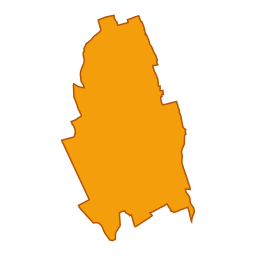 Tatarasti, Bacau, Romania
{"feature_id": "2599482B37830949265025", "entity_name": "Tatarasti", "entity_type": "district", "adm_level": 2, "iso_a3": "ROU", "parent_name": "Romania", "parent_adm1": "Bacau", "projection": "robinson", "projection_center": [27.206, 46.232], "detail": "fine", "context": "isolated", "style": "filled", "palette": "amber", "viewbox_px": 256, "rotation_deg": 0, "n_neighbors": 0, "source": "geoboundaries", "source_scale": "gbopen_adm2", "svg_char_len": 5739}
<svg xmlns="http://www.w3.org/2000/svg" viewBox="0 0 256 256"><path d="M115.5,233.1L120.2,225.5L119.4,213.2L119.5,212.8L121.7,211.6L123.2,211.2L124.5,211.0L125.2,211.1L125.1,211.4L125.4,212.2L125.7,212.7L126.6,213.3L128.6,214.2L129.0,214.7L129.6,215.7L131.3,214.8L132.1,217.6L133.0,220.8L133.5,222.3L134.2,224.8L134.5,225.8L135.1,226.7L136.0,226.4L137.0,225.7L137.9,225.2L139.4,224.1L140.4,223.6L141.5,222.8L142.5,222.1L144.7,220.7L145.7,220.1L146.6,219.4L148.0,218.6L149.3,217.7L150.7,216.7L151.0,216.5L152.2,215.7L152.0,215.3L149.9,212.8L151.6,212.2L154.0,211.1L160.4,207.6L164.3,205.7L164.4,205.3L165.3,204.9L167.0,204.0L167.3,204.5L168.9,207.2L169.9,208.6L171.2,210.4L171.3,210.6L171.2,210.7L170.9,210.8L171.5,211.2L173.1,211.9L173.4,212.1L173.8,212.5L176.8,211.5L180.7,209.8L184.3,208.4L188.0,207.3L188.1,207.8L188.3,208.8L188.5,209.4L188.6,210.0L188.9,211.0L189.4,212.8L189.7,214.4L189.8,215.0L190.1,215.9L190.2,216.6L190.5,217.5L190.7,218.5L190.6,218.8L191.0,219.5L191.1,219.9L191.1,220.5L191.3,221.2L191.6,221.7L191.7,221.0L191.6,220.2L191.7,219.5L192.3,217.6L192.6,216.5L192.9,215.7L193.2,214.9L193.8,213.4L194.4,211.4L193.6,207.8L193.4,207.4L193.3,207.2L192.4,206.1L191.7,205.1L190.8,203.8L190.6,203.2L190.4,202.6L190.2,201.9L190.1,200.2L190.0,199.5L189.9,198.4L189.8,198.0L189.3,196.6L189.0,196.0L188.7,195.6L187.2,193.7L186.1,192.2L185.9,191.9L185.8,191.6L185.7,191.1L185.7,190.1L185.5,189.0L188.4,189.2L189.3,189.4L190.3,189.5L190.3,189.1L190.1,188.7L190.0,187.8L189.5,186.0L189.0,184.7L188.7,183.7L188.4,183.0L187.9,181.1L187.6,180.4L187.3,179.3L186.9,178.2L186.8,177.8L186.2,176.0L185.7,174.5L185.5,174.0L185.0,172.7L184.7,171.6L184.2,170.2L184.0,169.6L183.6,168.9L183.3,167.8L183.2,167.2L183.0,166.8L182.9,166.3L182.7,165.3L182.6,165.0L182.3,164.5L181.9,163.1L181.9,161.6L181.9,159.7L182.0,158.8L182.0,158.1L182.1,156.7L182.3,156.3L182.2,156.0L182.3,155.6L182.2,155.0L182.1,154.7L182.0,154.3L181.9,153.8L181.6,152.9L181.5,152.6L181.4,152.0L181.6,151.2L181.7,150.6L181.8,150.1L182.0,149.6L182.1,149.1L182.4,148.1L183.0,147.1L183.3,146.6L183.8,145.1L183.9,144.7L184.0,144.4L184.3,144.0L184.4,143.8L184.3,143.1L184.3,141.7L184.4,141.0L184.5,140.4L184.4,138.8L184.4,138.2L184.6,137.1L184.6,136.0L184.7,135.6L184.9,134.9L185.0,134.6L185.3,134.5L185.8,134.3L185.9,134.2L186.0,133.9L185.9,133.6L185.7,133.1L185.3,132.4L185.3,132.0L185.3,131.5L185.3,131.2L185.6,130.6L185.7,130.3L185.7,129.9L185.7,129.7L185.5,129.4L184.9,128.9L183.3,127.7L183.1,127.4L182.9,126.8L181.8,121.7L181.7,120.7L181.1,117.7L180.9,116.7L180.8,116.0L180.1,114.2L179.8,113.2L179.4,112.2L179.3,111.7L179.3,111.1L179.4,110.8L179.5,110.6L179.5,110.3L179.0,109.2L178.5,108.4L178.2,107.8L177.6,105.0L177.5,104.5L177.2,104.2L177.0,103.5L176.8,102.4L176.6,101.5L163.0,104.9L162.8,104.4L162.6,104.1L162.0,104.1L161.9,103.8L161.6,102.3L161.0,101.1L161.0,100.2L160.8,99.1L160.7,96.8L161.8,96.7L162.0,96.5L161.8,95.8L161.8,95.2L161.8,94.7L163.4,94.4L163.4,93.8L163.2,93.6L163.1,93.3L163.2,92.8L163.0,92.5L163.0,92.1L162.9,91.7L162.7,91.3L162.6,90.9L162.8,90.5L161.7,90.6L160.1,90.7L160.1,88.6L160.1,86.1L159.8,86.2L158.5,86.3L158.3,84.0L158.1,81.6L157.6,79.1L157.7,78.5L157.3,78.3L157.2,78.0L157.0,77.2L156.8,76.4L155.8,74.2L155.2,73.1L154.2,70.8L153.9,70.1L153.1,67.0L152.7,65.6L157.8,64.8L157.6,64.4L157.0,63.4L156.8,62.7L156.7,61.8L157.2,60.8L157.3,60.3L157.0,59.0L156.8,58.2L156.4,57.1L155.4,54.6L154.9,54.5L154.6,53.9L152.9,50.1L152.3,48.3L152.1,47.8L151.4,46.5L151.1,46.0L150.2,45.0L149.9,44.5L149.6,43.3L148.8,40.4L148.4,39.4L148.2,39.0L146.4,34.7L145.6,35.0L145.1,33.8L145.5,33.7L145.3,32.7L144.2,29.7L144.6,29.6L144.5,29.2L144.1,28.0L143.9,27.2L143.8,26.7L141.8,21.6L141.0,21.8L140.8,21.2L140.1,19.6L139.6,18.1L138.7,15.8L135.0,16.9L133.3,17.6L132.6,17.8L132.3,18.0L131.4,18.4L127.4,19.7L127.5,20.0L127.7,20.7L127.9,21.8L128.0,22.4L128.1,22.6L117.9,25.3L117.4,24.8L117.3,24.4L117.0,22.3L116.8,21.8L116.7,21.6L116.0,21.1L115.7,20.8L115.2,20.0L114.7,19.0L114.2,17.8L114.1,17.4L114.2,16.5L114.1,15.4L112.3,15.7L108.3,16.5L105.3,17.2L98.1,20.1L98.7,21.9L100.3,27.9L100.8,29.3L100.8,29.7L100.8,30.1L100.7,30.3L100.5,30.8L100.1,31.2L99.6,31.7L98.8,32.5L98.1,33.3L95.7,35.0L95.3,35.3L94.7,35.6L94.3,36.0L93.7,36.7L92.7,37.8L92.2,38.5L91.5,39.3L91.0,39.8L90.5,40.3L89.3,41.3L88.7,41.8L88.0,42.5L86.9,43.1L86.5,43.4L86.1,43.9L85.6,45.1L85.2,46.3L84.8,46.9L83.9,48.7L84.0,48.9L84.0,49.4L84.1,49.9L84.4,50.1L84.4,50.6L84.1,50.5L84.0,51.5L83.6,52.1L83.2,52.4L83.3,55.3L83.4,56.2L84.0,58.5L84.2,59.6L84.3,60.1L84.3,60.6L84.0,62.0L83.5,64.1L83.3,64.6L83.1,65.1L82.5,66.0L82.4,66.4L82.2,67.2L82.1,67.5L81.3,69.3L81.1,69.8L81.0,70.4L80.9,70.8L80.5,72.0L80.4,73.4L80.4,74.8L80.6,76.7L80.8,79.0L81.1,81.0L81.3,81.6L81.9,82.8L82.0,82.8L82.4,83.4L82.6,83.7L83.1,84.6L84.3,87.7L83.4,87.7L81.5,87.4L78.9,86.8L78.1,86.5L76.8,85.8L76.3,85.4L76.0,85.2L75.7,84.9L75.3,84.8L75.0,84.7L74.2,84.2L73.6,83.8L73.4,85.1L73.4,86.3L73.6,88.3L73.7,92.4L73.9,94.7L73.9,96.1L73.9,96.7L74.1,97.6L74.7,98.8L74.9,99.4L75.6,101.3L75.9,102.1L77.3,105.5L77.4,105.9L77.4,106.3L77.5,106.8L77.6,107.1L77.8,107.5L78.3,109.1L78.8,110.1L79.5,111.4L80.6,113.7L81.1,114.3L81.2,114.7L81.2,115.6L81.3,116.2L78.6,117.7L78.0,117.9L77.5,118.4L76.8,119.1L76.4,119.4L75.1,120.0L71.2,121.6L71.4,121.8L71.6,122.6L71.8,123.2L72.0,123.5L72.4,124.6L73.0,125.0L73.2,125.4L73.6,126.0L73.9,126.3L74.0,127.0L74.4,128.0L75.0,129.4L75.1,130.4L75.3,132.1L75.3,132.8L75.4,133.3L75.1,133.6L74.9,134.0L74.1,136.9L61.6,140.3L89.3,199.7L78.5,205.4L79.1,206.6L79.4,207.5L81.7,210.2L84.2,212.8L85.8,214.7L89.7,218.9L93.4,223.0L94.6,222.7L96.0,222.6L97.3,222.8L98.5,223.2L99.4,223.7L101.3,225.4L102.1,226.8L103.1,229.3L104.8,233.0L109.8,240.0L112.5,240.6L115.4,239.3L115.5,233.1Z" fill="#f59e0b" stroke="#b45309" stroke-width="1.5"/></svg>